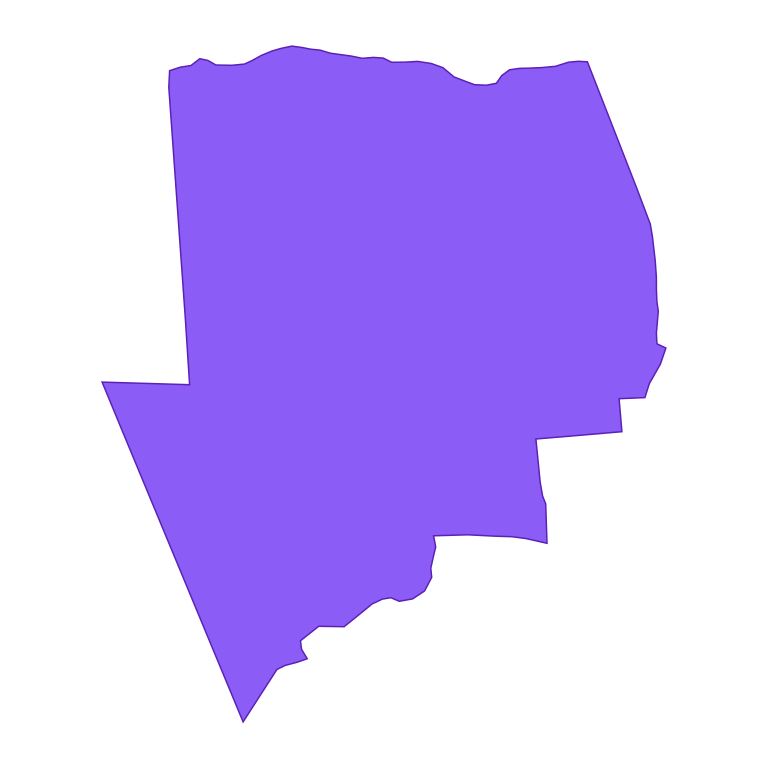 Santa Teresinha, Paraíba, Brazil
{"feature_id": "56859067B32713563652227", "entity_name": "Santa Teresinha", "entity_type": "district", "adm_level": 2, "iso_a3": "BRA", "parent_name": "Brazil", "parent_adm1": "Paraíba", "projection": "orthographic", "projection_center": [-37.431, -7.11], "detail": "fine", "context": "isolated", "style": "filled", "palette": "violet", "viewbox_px": 768, "rotation_deg": 0, "n_neighbors": 0, "source": "geoboundaries", "source_scale": "gbopen_adm2", "svg_char_len": 1206}
<svg xmlns="http://www.w3.org/2000/svg" viewBox="0 0 768 768"><path d="M243.1,721.9L276.9,669.5L284.9,665.5L297.3,662.2L307.2,658.7L301.5,649.2L300.5,640.7L318.7,626.3L344.1,626.7L360.1,613.8L372.0,604.0L382.4,599.1L390.9,597.7L399.3,601.3L412.6,598.9L424.6,590.9L431.7,577.4L430.8,568.2L433.6,555.6L435.7,547.0L433.6,535.8L467.9,534.8L495.5,536.2L511.9,536.7L525.6,538.5L547.0,543.3L545.7,503.9L542.6,496.0L540.2,482.4L535.9,439.0L621.9,431.7L619.1,398.7L644.9,397.6L649.3,383.7L660.4,364.1L665.9,348.0L656.9,343.8L656.4,333.0L658.3,311.2L656.9,301.7L656.4,289.1L656.4,277.4L655.2,260.5L652.4,236.4L650.3,224.1L636.8,188.3L587.4,61.8L578.2,61.3L568.5,62.2L555.5,66.3L541.6,67.6L530.0,68.1L519.1,68.4L509.5,69.8L501.7,75.6L496.4,83.3L486.5,85.2L474.5,84.7L463.8,80.7L454.1,77.0L443.0,67.7L431.3,63.5L417.6,61.4L406.0,62.1L391.8,62.3L383.3,58.1L373.4,57.4L362.3,58.3L350.9,56.0L340.6,54.6L330.4,53.2L320.0,50.1L310.8,49.2L302.1,47.5L291.9,46.1L281.0,48.4L272.0,51.0L261.2,55.5L252.0,60.6L244.4,64.1L231.5,65.3L215.9,65.0L207.8,60.4L199.8,58.7L191.0,65.5L180.2,67.2L169.6,70.7L168.8,87.3L185.3,318.0L189.6,384.7L102.1,382.1L123.4,433.6L243.1,721.9Z" fill="#8b5cf6" stroke="#5b21b6" stroke-width="1.5"/></svg>